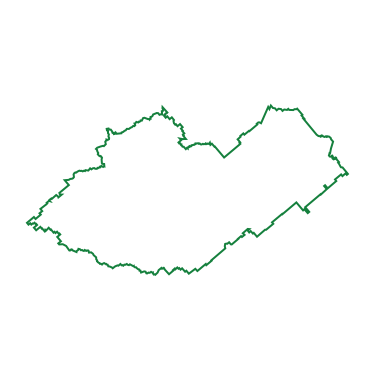 outline of Wagga Wagga, New South Wales, Australia, rotated 131°
{"feature_id": "25037944B76630671058420", "entity_name": "Wagga Wagga", "entity_type": "district", "adm_level": 2, "iso_a3": "AUS", "parent_name": "Australia", "parent_adm1": "New South Wales", "projection": "mercator", "projection_center": [147.38, -35.186], "detail": "fine", "context": "isolated", "style": "outline", "palette": "green", "viewbox_px": 384, "rotation_deg": 131, "n_neighbors": 0, "source": "geoboundaries", "source_scale": "gbopen_adm2", "svg_char_len": 6053}
<svg xmlns="http://www.w3.org/2000/svg" viewBox="0 0 384 384"><g transform="rotate(131 192 192)"><path d="M76.1,86.2L74.7,94.5L75.6,95.8L75.5,96.3L74.1,100.0L74.0,100.9L73.0,100.7L72.5,104.3L71.6,105.7L71.7,106.3L72.3,106.6L73.2,106.6L73.6,106.0L74.5,106.6L74.5,108.0L73.1,108.6L72.5,110.0L72.8,110.2L73.6,109.6L74.0,109.9L74.9,111.4L74.5,112.2L74.6,112.6L72.4,113.7L72.2,113.2L68.1,115.6L61.4,118.6L61.0,121.5L60.2,122.9L60.3,125.0L61.0,126.0L61.6,126.2L61.5,126.6L62.2,126.8L62.1,127.5L63.5,128.1L64.0,129.4L63.9,130.5L64.2,131.3L64.7,131.5L65.1,130.9L65.9,131.2L65.9,132.1L66.8,133.2L67.0,135.6L63.6,156.0L63.0,155.5L62.4,159.5L61.3,159.3L60.1,167.3L60.9,167.4L62.3,169.0L63.7,169.3L66.3,172.5L66.1,173.9L67.7,174.1L69.2,176.5L71.4,176.9L71.0,179.2L72.4,181.3L74.8,181.7L74.4,184.3L75.5,186.0L75.0,189.2L78.6,188.0L77.8,190.3L94.8,185.0L95.2,186.7L96.0,187.6L98.0,187.9L98.2,187.0L108.5,188.6L108.5,189.1L114.4,190.1L114.1,191.7L118.1,192.3L118.5,191.6L122.3,192.1L122.9,188.2L123.8,188.4L124.0,187.1L144.9,190.4L142.7,204.6L143.1,204.7L142.5,208.7L144.3,209.0L143.0,210.9L144.6,210.7L145.1,211.9L145.8,212.1L146.1,212.9L146.3,212.6L146.8,212.8L147.1,213.7L148.2,214.4L148.5,215.4L149.8,215.9L150.4,216.8L150.3,217.7L150.7,218.1L150.7,218.6L151.2,218.6L151.4,219.5L152.3,220.4L152.9,220.6L153.1,221.2L153.7,220.9L154.4,221.4L154.8,221.2L157.0,223.0L157.6,222.6L158.4,222.8L158.9,223.9L159.7,223.5L160.2,223.7L160.3,224.3L161.4,224.4L162.0,223.8L162.1,224.8L163.7,224.8L163.3,228.0L164.0,228.9L163.7,229.7L163.8,230.5L163.1,231.1L163.6,231.6L163.0,232.6L163.1,233.7L163.7,233.7L163.5,234.7L160.0,234.2L159.7,236.3L158.3,233.9L156.0,231.4L155.3,235.5L154.7,235.4L154.5,236.6L152.8,236.3L152.4,239.2L151.8,239.1L151.4,241.9L149.2,241.6L148.6,245.6L151.8,246.1L151.4,248.6L152.2,248.8L151.9,250.8L150.5,252.6L149.5,252.8L148.9,256.2L151.7,256.7L151.1,260.3L153.2,260.6L152.8,263.0L151.7,262.8L151.6,263.5L149.2,263.2L149.2,262.8L148.2,262.7L147.3,269.9L148.2,269.2L148.8,267.8L150.0,267.2L150.8,267.8L153.1,265.4L153.8,266.5L155.1,267.2L154.7,269.2L155.5,270.4L159.0,272.2L160.5,271.7L161.8,271.9L162.5,272.5L163.9,271.3L164.4,271.9L165.2,271.6L165.1,272.3L165.8,272.9L167.2,276.6L168.3,277.4L171.0,276.7L171.7,277.7L172.3,277.4L173.5,277.7L173.7,278.2L174.8,278.2L175.6,280.0L177.4,279.8L178.0,280.3L178.8,278.7L180.1,278.7L180.7,279.7L182.6,279.9L183.6,280.5L185.8,281.0L187.1,282.6L189.0,282.5L190.1,283.1L191.7,283.3L193.3,284.2L194.0,283.8L197.5,287.1L197.2,288.6L198.7,288.3L199.5,288.9L198.7,289.9L199.4,290.3L199.5,290.9L198.7,292.0L198.2,294.2L199.2,295.5L198.8,296.6L200.3,297.8L201.3,296.6L201.2,295.3L202.7,294.0L203.1,292.5L204.8,291.6L205.6,290.0L206.6,289.3L207.8,289.7L208.5,291.0L209.2,290.3L209.8,290.6L211.0,290.4L212.5,288.4L215.2,288.6L215.5,289.4L217.7,290.9L220.8,292.6L222.5,292.7L222.5,291.4L223.5,290.0L224.1,288.3L225.3,287.9L225.6,286.1L225.3,284.6L224.8,284.5L224.8,283.8L225.2,282.4L226.6,281.7L229.3,279.0L229.6,278.2L228.5,276.7L230.2,274.9L230.4,275.3L231.4,275.5L231.5,276.2L231.8,276.6L231.7,277.3L232.7,277.9L233.4,277.6L233.5,278.1L235.0,278.2L235.7,279.1L236.4,278.8L237.4,279.5L238.0,280.4L238.1,281.5L239.2,282.4L240.9,282.8L241.0,284.4L243.8,284.3L245.4,286.7L246.4,286.5L246.8,287.5L248.1,288.0L248.4,289.2L249.1,289.7L249.8,291.0L251.9,291.9L252.9,292.0L253.6,292.3L253.8,292.9L255.1,293.2L256.4,292.9L258.2,290.9L259.6,290.8L260.8,291.3L261.9,292.4L263.7,293.0L266.6,295.8L267.6,289.5L279.7,291.5L280.4,290.3L280.3,289.7L279.4,288.6L283.7,289.3L283.3,290.0L283.4,292.5L289.2,293.3L289.1,293.9L291.4,294.4L291.9,294.4L292.1,293.2L292.5,294.1L295.4,294.6L295.5,293.8L296.6,293.8L304.2,295.3L304.7,292.5L308.1,293.1L308.3,291.3L315.0,292.4L314.6,294.9L323.5,296.3L323.9,294.0L321.7,293.6L322.0,291.9L320.2,291.6L319.9,290.9L318.5,290.7L318.8,288.7L318.3,288.6L318.5,287.3L322.6,287.9L323.1,284.5L317.8,283.6L318.2,281.3L317.8,281.3L318.4,277.1L317.9,277.0L316.7,277.8L316.6,276.8L313.0,276.7L313.4,274.0L312.8,273.9L313.5,269.8L312.2,269.6L312.5,268.1L310.5,267.8L311.0,264.9L310.3,264.8L310.5,263.6L314.3,264.2L315.2,258.6L318.5,259.2L318.7,257.8L316.2,255.3L315.3,251.6L316.6,246.3L316.3,245.7L314.5,245.5L314.2,245.0L314.1,244.6L314.5,244.1L313.1,239.8L312.3,240.3L310.5,239.9L309.4,240.4L308.7,239.0L308.8,237.6L307.9,236.9L307.8,235.8L307.4,234.9L306.2,234.9L306.2,234.5L305.7,233.8L305.9,233.2L304.3,232.2L304.2,231.6L305.3,230.0L303.7,228.5L303.6,226.2L304.2,224.7L304.2,221.5L305.7,220.0L305.8,218.9L306.6,218.2L306.4,217.6L306.7,217.1L306.6,215.8L306.3,215.2L306.6,214.3L306.0,213.8L305.8,212.4L305.2,212.5L303.3,211.7L303.1,210.4L302.6,209.7L302.9,209.1L302.2,208.0L303.0,206.4L302.3,205.4L301.5,203.0L301.6,201.8L298.5,201.2L296.3,200.1L295.9,199.2L293.3,198.8L293.5,197.3L293.4,196.8L292.8,196.5L292.7,195.5L291.2,195.4L290.7,194.6L289.1,194.0L289.2,193.0L288.6,191.6L287.3,191.4L286.4,187.2L286.1,187.2L286.3,186.9L286.2,185.5L285.5,184.8L285.7,183.5L285.6,182.0L285.1,181.0L285.8,180.0L285.2,179.3L286.2,177.6L283.3,176.0L282.6,174.8L283.3,173.1L283.0,172.5L281.3,171.9L281.1,171.3L280.2,170.7L279.1,170.5L278.8,169.0L278.4,168.7L279.0,168.3L279.4,166.7L278.5,166.1L278.5,165.4L275.4,165.1L272.8,165.9L269.5,165.3L269.8,164.6L269.0,163.8L268.0,163.9L267.7,163.5L268.4,161.6L269.1,155.4L263.4,154.5L263.4,155.1L261.0,154.8L261.2,153.8L258.6,153.6L258.8,151.9L257.8,151.7L258.1,149.7L256.1,149.4L256.7,144.9L255.1,144.6L255.7,140.8L247.8,139.1L248.1,136.1L237.3,134.4L237.8,133.2L231.0,132.1L230.9,132.6L212.7,129.9L211.4,131.7L209.4,132.9L208.4,132.2L207.9,131.4L205.6,131.0L206.0,128.3L205.5,127.6L197.1,126.3L197.1,126.6L193.1,126.0L193.2,124.8L189.9,124.2L189.8,126.6L183.3,125.7L182.4,124.4L184.5,124.7L185.0,122.3L183.0,122.1L183.4,118.8L182.3,118.6L183.1,113.6L172.5,112.1L171.9,111.3L162.7,109.8L162.4,111.7L149.4,109.6L149.5,109.2L131.4,106.4L133.0,96.1L131.3,95.9L132.0,90.8L130.1,90.5L129.2,96.6L109.3,93.5L109.4,93.1L101.4,92.2L100.8,96.2L99.6,96.0L100.2,92.0L89.1,90.3L88.7,92.3L80.9,91.0L81.3,88.9L77.2,88.3L77.5,86.4L76.1,86.2Z" fill="none" stroke="#15803d" stroke-width="2"/></g></svg>